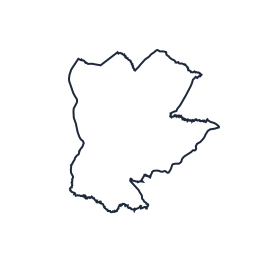 Thung Si Udom, Ubon Ratchathani, Thailand (Robinson projection), rotated 30°
{"feature_id": "78962969B14967279450618", "entity_name": "Thung Si Udom", "entity_type": "district", "adm_level": 2, "iso_a3": "THA", "parent_name": "Thailand", "parent_adm1": "Ubon Ratchathani", "projection": "robinson", "projection_center": [104.937, 14.739], "detail": "fine", "context": "isolated", "style": "outline", "palette": "slate", "viewbox_px": 256, "rotation_deg": 30, "n_neighbors": 0, "source": "geoboundaries", "source_scale": "gbopen_adm2", "svg_char_len": 5822}
<svg xmlns="http://www.w3.org/2000/svg" viewBox="0 0 256 256"><g transform="rotate(30 128 128)"><path d="M66.4,127.1L69.3,128.6L70.7,130.5L71.0,131.8L71.2,137.7L71.4,138.7L72.6,141.1L76.0,146.3L80.5,150.1L86.2,156.5L90.3,160.0L92.7,161.4L95.6,161.9L97.2,163.2L97.9,166.9L97.4,170.1L97.5,171.7L97.2,172.5L97.7,172.8L98.4,175.5L97.4,177.7L97.1,180.1L97.5,181.8L97.6,183.5L97.4,184.1L97.6,186.6L97.4,187.6L97.6,187.7L97.3,188.8L97.7,189.0L99.4,192.8L101.1,195.3L104.5,197.4L105.1,198.2L105.3,200.5L105.7,200.7L106.2,202.0L106.6,202.3L106.4,203.5L107.7,204.3L107.9,205.1L108.5,205.6L108.5,206.7L108.9,207.4L108.5,207.6L108.0,209.5L108.7,209.9L109.1,211.0L110.1,211.0L111.1,211.5L114.1,211.0L114.3,211.2L114.5,212.1L115.2,211.4L116.6,212.8L118.0,211.4L119.2,211.1L119.7,210.6L121.1,210.6L122.0,209.8L122.5,209.9L123.1,208.4L124.2,208.4L124.4,207.9L124.9,207.9L125.1,208.1L125.0,208.4L124.6,208.4L124.7,208.9L124.1,209.1L124.2,209.4L124.7,209.7L126.7,210.1L126.9,209.8L127.6,209.7L127.6,209.3L126.7,209.2L126.9,208.7L127.4,208.5L127.6,209.1L127.9,209.2L128.4,207.7L128.8,207.4L129.1,207.3L129.6,207.7L130.0,207.7L130.8,205.6L131.7,206.2L132.0,205.8L132.3,205.8L132.9,206.3L133.8,205.8L134.3,206.4L136.0,207.0L136.5,207.0L137.3,206.3L137.5,206.5L137.6,207.8L138.3,208.0L138.7,207.7L138.5,207.0L141.5,206.9L141.4,206.6L140.6,205.7L141.1,205.4L141.6,206.0L142.8,206.7L144.5,206.5L146.3,208.0L147.1,207.9L147.1,208.6L147.7,208.9L149.2,209.0L150.2,209.4L151.1,209.0L152.0,210.0L154.0,208.8L154.7,209.4L155.4,209.4L156.4,208.7L156.7,207.5L157.2,207.4L157.6,207.7L157.9,207.7L158.3,207.0L158.2,206.4L158.9,206.5L159.2,205.6L159.5,205.9L159.9,205.5L159.6,204.1L159.8,203.5L159.6,203.2L160.0,202.4L159.4,201.5L159.3,198.8L160.0,198.5L160.4,199.1L160.6,199.1L160.2,197.8L160.5,197.6L161.3,197.6L161.3,196.4L161.8,196.3L162.1,195.9L163.3,195.6L164.2,196.1L164.3,196.7L164.6,196.9L165.1,195.6L166.1,195.7L166.5,195.2L167.1,196.5L168.3,197.0L169.1,196.7L169.2,196.2L170.2,196.0L171.3,196.6L171.8,196.6L172.0,196.4L173.2,196.0L173.8,195.2L174.9,196.4L174.9,195.3L174.7,195.0L174.4,195.0L174.3,194.4L175.5,194.1L176.9,192.3L177.6,191.1L177.7,189.2L178.3,189.1L178.4,190.0L178.7,190.0L179.3,190.9L179.5,190.4L180.0,190.6L180.4,190.3L180.9,189.3L182.2,187.8L182.7,187.7L182.9,188.1L183.4,188.1L184.0,188.6L184.5,188.3L184.1,187.7L183.7,187.4L183.9,186.2L184.2,186.1L184.1,184.9L183.6,184.1L181.9,184.5L181.4,183.8L178.7,183.6L177.5,182.7L176.1,182.4L175.1,181.7L174.2,180.0L172.7,178.9L170.8,178.1L168.4,176.5L156.7,172.8L156.0,172.1L155.6,170.8L155.7,170.5L156.1,170.4L157.0,170.5L157.7,171.4L162.4,170.0L162.7,169.7L163.5,170.1L164.1,169.6L164.5,168.6L166.2,167.6L167.6,167.1L165.7,166.3L165.9,161.2L165.6,160.3L166.0,160.0L166.6,159.6L167.4,159.8L167.5,160.2L167.8,160.0L168.0,160.1L168.2,159.7L168.5,159.6L169.2,159.9L169.9,159.5L170.0,159.7L171.4,159.4L171.6,159.8L171.9,159.8L171.6,158.3L171.3,158.2L171.2,155.1L170.9,153.8L171.5,152.4L173.6,150.8L175.9,149.7L178.4,149.3L179.6,148.7L181.6,146.7L184.5,147.0L184.9,146.8L185.5,146.2L185.7,142.6L184.8,138.0L184.9,137.0L186.9,135.2L189.7,133.6L190.1,133.2L191.0,130.7L190.3,127.7L190.9,124.6L194.8,117.1L195.3,115.0L195.9,114.4L196.9,114.2L197.4,113.5L197.4,112.0L195.8,109.8L195.7,107.2L197.7,103.8L198.6,99.4L198.7,97.1L198.4,94.8L198.6,90.7L199.8,88.1L203.7,85.0L205.2,83.2L206.3,82.3L206.3,81.6L204.9,80.9L202.6,80.6L200.8,80.5L198.0,81.0L196.9,81.5L192.9,81.3L192.4,80.8L192.1,81.3L192.5,82.5L192.4,84.0L191.7,84.1L191.7,83.8L190.7,83.5L190.4,84.2L190.0,83.8L189.6,84.2L189.2,84.1L189.0,84.8L187.8,85.3L187.6,85.7L186.8,85.5L186.6,85.9L185.7,85.5L184.7,86.7L183.3,87.0L183.1,86.4L182.6,86.4L181.7,87.4L181.5,87.9L181.9,88.3L181.6,89.1L181.2,89.4L180.8,89.0L180.2,88.9L180.1,90.3L179.3,89.5L178.7,90.4L177.8,90.2L177.5,90.8L177.0,90.6L176.2,90.8L176.3,91.4L176.1,92.1L175.5,91.3L175.4,91.8L174.8,91.6L174.5,92.1L174.0,92.2L173.3,91.7L172.8,92.4L173.0,92.9L172.6,93.0L172.2,92.8L171.8,92.0L170.9,92.6L170.7,93.1L170.4,92.8L170.1,91.7L167.8,92.1L167.7,91.8L168.3,91.6L167.9,90.9L167.1,91.5L167.1,92.1L166.4,91.6L166.0,91.6L165.9,92.9L165.4,92.6L165.0,92.6L165.0,93.2L164.3,93.3L164.2,93.8L163.5,93.1L163.0,93.5L162.6,93.4L162.6,93.9L161.9,93.9L162.0,94.9L161.8,95.4L160.4,96.1L160.4,96.8L160.0,96.6L159.8,97.0L158.8,96.9L158.5,96.3L158.4,95.0L157.5,94.1L158.1,93.5L158.7,92.1L160.2,90.2L160.9,89.8L161.4,88.9L161.1,86.6L161.8,82.3L161.8,70.4L161.4,61.0L161.0,57.4L160.1,53.8L161.1,49.8L162.9,50.1L163.2,49.2L163.2,48.4L163.6,47.6L164.2,47.6L164.7,47.2L164.5,46.0L164.9,45.9L165.0,45.1L164.0,45.0L163.5,45.3L162.9,45.1L162.9,44.7L161.4,44.6L160.6,45.2L159.0,45.5L158.9,45.9L158.6,45.9L158.4,46.2L157.3,45.8L156.3,47.4L154.7,48.1L154.5,47.8L154.0,47.8L153.9,47.5L152.4,47.5L151.3,47.9L150.7,47.3L150.5,46.5L149.7,46.3L149.4,45.9L149.4,45.6L148.5,45.6L146.7,44.7L145.9,44.9L145.6,44.4L144.5,44.8L144.5,45.0L142.4,45.2L140.4,46.4L139.6,46.4L138.6,45.8L137.5,47.1L136.4,47.5L135.9,46.8L135.1,46.5L133.6,46.2L131.7,46.6L128.8,46.2L127.3,45.5L126.7,45.6L124.5,45.2L124.1,44.6L123.4,44.0L123.4,43.5L122.9,43.2L120.1,44.1L117.4,45.7L114.5,45.7L114.0,46.2L113.3,47.6L112.9,49.1L111.1,52.8L110.6,55.6L108.5,60.2L107.1,66.8L106.7,69.4L105.4,74.7L104.2,74.5L104.1,74.1L103.4,73.5L102.6,73.5L101.6,72.6L101.7,72.1L101.4,71.8L100.6,71.8L100.1,70.9L99.7,70.9L99.8,70.4L97.5,69.6L97.2,68.8L96.3,68.8L95.7,68.4L95.3,68.6L94.0,68.6L93.2,68.2L92.7,67.7L91.9,68.3L91.3,68.2L91.2,67.9L90.7,68.1L90.5,67.8L90.2,67.8L90.1,67.2L89.1,67.2L89.1,66.8L88.7,66.9L87.9,66.2L87.5,66.9L85.8,66.8L85.4,66.5L84.8,66.8L83.6,66.9L83.2,67.5L82.4,67.9L82.3,68.3L81.1,67.6L72.9,87.4L64.9,90.3L61.2,92.5L59.1,92.3L58.9,92.8L58.2,92.6L58.3,92.3L55.9,91.7L54.9,92.2L53.4,91.9L53.3,92.8L50.4,92.9L49.7,104.2L49.7,106.2L50.8,111.4L52.3,114.9L53.7,116.9L63.0,125.0L66.4,127.1Z" fill="none" stroke="#1e293b" stroke-width="2"/></g></svg>